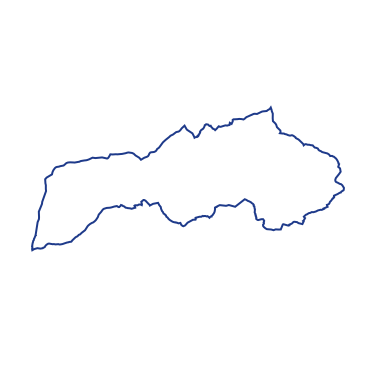 Meresti, Harghita, Romania, rotated 198°
{"feature_id": "2599482B24897883933358", "entity_name": "Meresti", "entity_type": "district", "adm_level": 2, "iso_a3": "ROU", "parent_name": "Romania", "parent_adm1": "Harghita", "projection": "albers", "projection_center": [25.555, 46.251], "detail": "fine", "context": "isolated", "style": "outline", "palette": "blue", "viewbox_px": 384, "rotation_deg": 198, "n_neighbors": 0, "source": "geoboundaries", "source_scale": "gbopen_adm2", "svg_char_len": 6024}
<svg xmlns="http://www.w3.org/2000/svg" viewBox="0 0 384 384"><g transform="rotate(198 192 192)"><path d="M143.2,296.7L143.7,295.0L145.4,293.1L146.0,292.1L149.2,290.7L150.3,290.1L154.3,286.3L156.5,285.8L157.5,285.3L163.4,280.0L164.6,277.9L165.4,276.9L167.3,276.7L169.7,276.1L171.1,275.4L175.0,273.9L175.6,273.2L175.1,271.8L175.4,269.0L177.4,269.5L177.3,268.6L176.9,267.8L176.9,267.5L177.2,267.2L178.3,266.6L179.1,266.0L180.5,265.8L181.4,265.3L184.8,262.9L185.9,262.6L186.8,262.8L187.0,262.5L188.2,259.6L189.1,258.0L189.9,258.5L192.0,258.7L192.4,259.2L193.9,259.9L194.3,260.4L194.7,260.8L195.8,260.2L197.6,261.1L199.5,260.8L199.8,260.1L200.5,259.5L200.4,258.5L200.5,257.5L200.9,255.6L201.5,255.1L201.8,254.4L202.5,253.6L202.9,252.2L203.0,251.5L202.7,251.3L202.7,250.7L202.9,249.5L203.4,248.8L203.5,247.9L203.2,247.8L203.3,247.2L204.1,247.0L204.2,246.8L203.9,246.3L203.9,246.1L205.9,245.0L206.4,244.4L207.0,245.2L209.7,247.9L215.8,249.6L216.4,249.9L219.6,252.8L221.5,249.3L222.2,247.2L222.9,245.9L223.6,245.2L224.9,244.5L225.7,243.9L227.8,240.8L229.8,238.9L230.7,237.2L233.2,233.4L235.0,230.2L236.8,224.7L237.3,223.6L238.4,222.2L238.8,220.3L239.3,219.4L240.5,218.3L243.2,217.1L243.9,216.6L244.4,215.4L244.6,213.4L244.9,212.5L245.8,211.5L247.9,209.9L250.5,206.9L252.8,208.3L257.0,209.3L259.3,210.4L261.1,210.6L264.6,210.0L265.9,209.3L267.1,208.4L270.3,206.6L274.5,204.8L276.3,204.3L279.0,203.2L281.3,202.6L281.5,201.4L282.0,199.2L282.5,198.1L283.1,197.6L288.2,197.1L294.4,194.4L297.2,193.9L299.9,191.3L301.3,190.2L302.4,189.5L304.2,188.7L307.1,187.2L307.8,186.7L308.3,186.1L312.6,183.8L317.0,182.6L319.1,181.7L320.4,180.7L321.6,178.6L322.3,177.5L325.2,175.9L326.4,175.0L328.4,174.0L329.1,173.4L329.8,172.3L330.6,169.8L330.8,167.7L330.6,165.5L334.8,160.7L335.3,159.3L335.6,158.8L334.1,155.0L333.1,153.3L331.9,149.6L331.1,147.8L331.4,136.3L331.0,134.4L331.1,132.6L331.6,126.0L329.7,120.8L329.2,118.9L329.5,115.6L327.5,103.2L327.5,102.8L327.2,102.5L327.4,102.3L327.6,99.5L327.8,98.6L327.6,97.4L327.9,96.5L327.7,94.6L327.8,94.3L327.3,91.0L327.1,91.0L326.9,90.2L326.5,89.6L326.6,89.3L326.4,88.2L325.9,87.3L324.5,88.9L321.7,90.8L318.7,91.3L316.6,92.4L316.4,92.9L316.1,93.0L315.0,94.2L314.8,95.4L314.4,96.3L313.7,97.4L312.8,98.4L311.9,98.8L308.4,99.3L307.2,99.8L305.6,100.0L303.0,101.1L301.9,101.1L301.1,101.4L299.2,102.4L295.3,105.3L293.8,106.1L293.4,106.5L291.5,107.4L291.3,107.7L290.9,109.0L288.8,112.9L288.1,113.7L287.3,114.4L286.4,116.3L285.4,117.0L284.3,119.1L281.9,122.6L280.7,127.2L280.3,128.1L279.1,130.0L277.7,131.6L276.5,132.6L275.4,134.3L274.7,135.7L273.8,138.9L273.7,141.7L272.3,144.9L271.4,147.7L270.6,148.8L268.2,150.5L265.2,151.7L263.8,152.5L261.2,154.3L259.9,154.9L259.7,155.2L258.8,155.4L257.6,155.0L257.0,155.0L256.6,155.2L256.6,155.4L255.7,156.6L255.5,157.7L254.1,157.7L253.2,157.3L251.8,157.3L250.7,156.7L250.0,156.6L249.2,156.8L248.2,156.8L246.0,157.3L244.2,157.4L241.7,159.2L241.1,159.5L241.3,160.0L242.5,161.1L242.1,161.7L241.2,162.1L239.8,162.4L238.6,163.7L236.9,164.2L235.7,164.0L235.8,164.9L236.2,165.4L236.6,166.2L237.2,167.0L235.7,169.4L235.1,169.6L233.6,169.4L229.2,167.0L228.5,166.8L227.9,166.1L225.4,168.7L220.9,171.2L219.1,169.4L217.1,168.1L216.3,166.6L214.6,164.6L213.4,163.9L212.4,162.7L211.2,162.5L209.9,161.7L209.5,161.7L208.8,160.6L207.4,160.2L205.9,159.1L205.2,158.9L204.8,158.6L201.6,157.8L200.5,157.7L199.0,157.8L198.7,158.0L197.6,157.9L197.2,158.2L195.2,158.0L193.5,159.0L192.0,157.4L190.4,156.8L189.6,156.8L188.2,158.1L186.7,161.5L182.5,165.9L180.1,166.8L180.1,167.7L180.7,168.4L180.6,168.6L177.2,170.8L175.6,171.3L175.0,172.0L174.6,172.2L174.3,172.6L173.4,172.6L172.9,173.0L171.9,173.3L170.5,173.3L169.7,173.8L167.4,172.9L167.2,173.6L166.5,174.6L165.8,174.7L165.8,175.5L165.1,176.7L165.1,177.1L164.6,178.5L164.4,180.2L164.8,183.0L165.2,183.7L165.3,184.3L164.8,184.9L163.9,185.3L163.8,185.9L162.1,187.6L161.5,188.1L155.3,189.4L152.9,191.0L146.4,191.3L139.6,201.4L138.0,201.3L136.0,200.8L134.9,200.8L132.6,200.4L132.0,200.0L130.5,199.6L129.4,199.0L129.3,198.3L129.0,198.1L128.9,197.7L128.2,197.5L127.9,196.7L127.2,195.4L126.8,195.1L126.7,194.4L126.3,193.2L126.2,192.2L125.8,191.6L124.7,190.5L124.8,190.0L124.3,189.4L124.0,189.3L123.8,188.5L123.3,188.2L122.9,187.6L123.0,187.1L122.7,186.7L122.5,186.2L121.1,185.7L120.3,185.8L117.7,187.5L116.0,188.1L114.5,187.0L114.4,186.8L114.5,185.3L114.1,184.9L114.2,184.7L113.9,184.4L113.9,184.0L114.0,183.5L114.3,182.8L113.8,181.6L112.8,180.9L110.8,180.1L109.3,179.8L105.1,180.8L102.6,180.9L100.9,182.3L98.2,183.0L96.0,183.8L95.6,189.2L95.1,189.6L90.0,189.8L89.1,190.4L89.4,191.0L87.4,192.7L86.9,193.5L86.4,194.6L85.9,195.1L85.1,195.4L82.7,195.8L81.1,195.3L77.1,195.6L76.7,198.5L77.4,198.8L76.9,199.6L76.4,202.1L77.1,202.4L78.0,203.1L76.8,205.3L76.4,205.8L75.6,206.4L75.2,207.0L74.2,208.1L73.2,208.6L71.9,209.9L70.3,210.3L68.2,211.7L66.5,213.4L64.1,214.9L63.3,215.0L62.7,215.4L61.3,216.7L61.7,217.0L58.5,219.8L59.0,220.3L59.7,221.4L58.6,222.3L58.0,223.1L57.8,223.8L57.8,224.9L57.5,225.8L57.2,226.2L56.7,227.6L56.6,228.2L56.2,229.4L55.9,229.4L55.3,230.6L55.2,231.0L55.6,231.4L55.4,232.1L55.7,232.2L55.8,232.4L52.9,235.0L51.3,236.9L50.3,237.5L50.1,238.5L48.4,240.5L48.5,241.7L48.8,242.9L51.2,244.9L52.7,245.5L54.0,245.4L56.4,245.9L57.9,246.0L58.5,246.3L59.1,246.9L59.5,247.9L59.5,249.7L57.6,254.8L56.9,257.2L58.5,260.2L60.7,261.1L60.7,264.0L61.5,264.3L61.7,265.0L63.6,267.0L65.3,268.3L68.0,269.4L69.1,269.4L69.8,269.6L71.0,269.2L71.7,268.9L73.0,269.9L75.0,270.5L80.6,270.2L81.7,270.6L83.7,270.8L84.7,271.2L85.7,272.2L87.3,272.4L89.0,272.2L90.6,273.0L91.4,273.6L92.0,273.6L93.8,273.2L95.0,273.2L96.7,272.7L98.4,272.7L99.0,272.5L99.4,272.1L100.2,270.9L101.0,272.0L105.9,274.4L107.1,274.9L109.6,275.3L110.0,275.4L110.3,275.9L112.6,276.7L113.8,276.9L114.5,276.9L116.2,275.9L117.3,275.8L118.9,275.8L119.6,276.0L121.8,275.8L122.6,276.0L123.9,275.6L126.5,275.1L126.3,275.9L126.6,277.1L127.0,277.8L131.2,279.9L132.8,282.1L134.0,283.0L136.9,284.4L138.0,287.0L139.4,291.5L141.2,293.7L141.7,294.7L143.2,296.7Z" fill="none" stroke="#1e3a8a" stroke-width="2"/></g></svg>